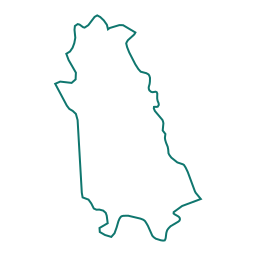 an SVG outline of Novara
{"feature_id": "ITA-5438", "entity_name": "Novara", "entity_type": "Province", "adm_level": 1, "iso_a3": "ITA", "parent_name": "Italy", "parent_adm1": "", "projection": "orthographic", "projection_center": [8.59, 45.587], "detail": "fine", "context": "isolated", "style": "outline", "palette": "teal", "viewbox_px": 256, "rotation_deg": 0, "n_neighbors": 0, "source": "natural_earth", "source_scale": "10m", "svg_char_len": 1764}
<svg xmlns="http://www.w3.org/2000/svg" viewBox="0 0 256 256"><path d="M71.6,82.9L75.6,79.4L75.9,72.7L68.6,60.0L66.3,53.8L70.0,51.5L72.6,47.7L74.3,43.1L75.3,37.8L74.5,29.8L74.9,26.0L77.7,24.1L79.6,24.6L83.1,27.2L84.6,27.6L88.3,25.2L94.6,16.9L97.2,15.4L100.2,17.0L103.8,20.4L106.9,24.8L108.0,29.3L109.7,28.0L119.4,25.1L123.1,25.2L135.4,32.5L134.7,33.8L133.9,34.8L128.1,40.0L127.4,41.0L126.7,42.2L126.2,43.4L127.1,47.1L129.2,52.4L135.3,64.3L138.3,69.0L140.7,71.7L146.4,73.2L148.6,74.5L149.4,75.9L150.0,77.9L149.9,81.7L149.6,84.0L148.7,87.2L148.8,88.9L149.4,90.4L151.2,91.9L152.7,92.2L155.6,91.7L156.7,92.2L157.3,93.6L157.2,96.4L157.2,98.6L157.6,100.8L158.6,103.2L158.8,104.9L157.7,106.7L156.4,106.9L155.0,106.8L154.0,106.9L153.8,108.4L154.9,111.0L162.4,119.9L163.0,121.4L163.4,123.3L162.7,130.5L165.4,134.0L164.9,137.9L165.2,139.9L166.0,142.6L167.7,146.8L168.2,149.5L168.5,153.3L169.5,155.2L171.3,157.6L177.3,162.4L182.9,164.3L184.0,165.0L185.7,167.7L187.8,172.1L194.9,191.3L195.7,192.8L200.8,199.0L182.1,206.0L173.7,212.1L173.6,213.5L174.6,214.3L178.1,216.3L179.1,217.1L179.8,218.2L179.9,219.5L179.5,220.6L178.4,221.6L170.6,226.2L168.8,228.0L168.0,229.0L167.2,230.2L166.7,231.6L166.3,233.1L165.7,238.0L165.3,239.3L164.7,240.4L163.1,240.6L160.9,240.3L155.8,238.7L153.7,237.2L152.3,235.7L147.9,225.8L146.5,223.4L145.1,221.2L144.1,220.3L143.0,219.6L140.4,218.6L128.1,215.7L123.6,215.8L122.0,216.1L120.9,216.7L119.6,218.5L118.4,221.3L116.6,227.5L114.5,233.3L111.3,236.9L105.0,235.0L99.8,232.0L99.5,228.0L107.7,223.2L106.7,215.6L105.7,212.8L103.2,210.6L99.4,209.6L96.4,209.7L93.8,208.5L91.3,203.5L88.5,199.6L82.6,197.4L81.8,192.7L77.6,120.1L75.9,113.9L72.7,110.9L69.3,108.9L66.8,105.6L55.2,83.8L60.2,81.6L71.6,82.9Z" fill="none" stroke="#0f766e" stroke-width="2"/></svg>